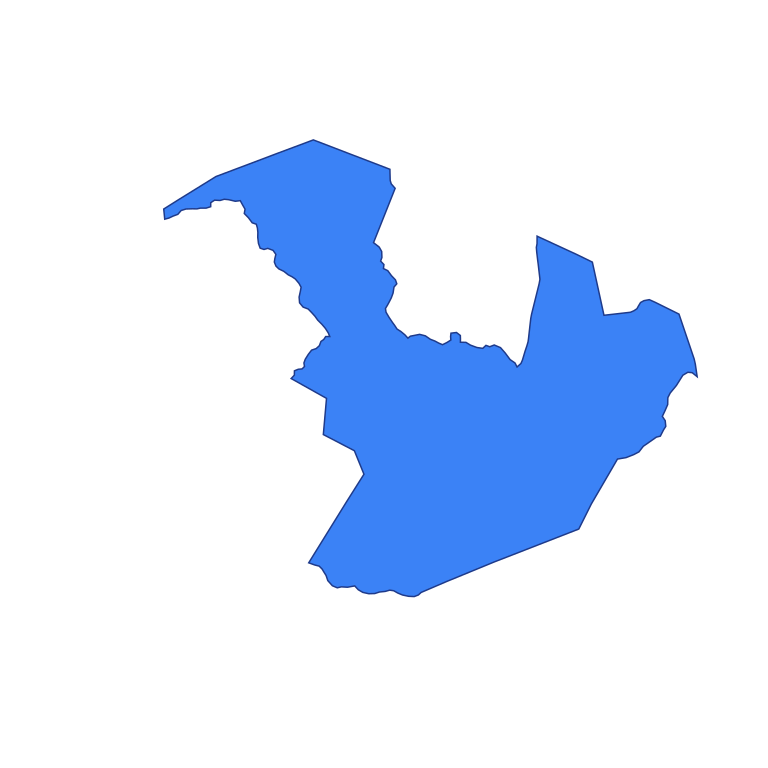 Pombal, Paraíba, Brazil (Equal Earth projection), rotated 117°
{"feature_id": "56859067B94358976501482", "entity_name": "Pombal", "entity_type": "district", "adm_level": 2, "iso_a3": "BRA", "parent_name": "Brazil", "parent_adm1": "Paraíba", "projection": "equal_earth", "projection_center": [-37.87, -6.816], "detail": "fine", "context": "isolated", "style": "filled", "palette": "blue", "viewbox_px": 768, "rotation_deg": 117, "n_neighbors": 0, "source": "geoboundaries", "source_scale": "gbopen_adm2", "svg_char_len": 2883}
<svg xmlns="http://www.w3.org/2000/svg" viewBox="0 0 768 768"><g transform="rotate(117 384 384)"><path d="M182.8,314.7L189.6,311.3L193.1,310.3L197.0,307.9L203.9,303.3L207.1,301.1L219.9,292.6L224.2,291.3L246.2,286.2L254.8,284.2L258.9,283.0L265.1,280.7L278.1,275.8L281.0,274.8L285.2,274.0L290.7,273.2L295.0,272.4L299.9,271.5L303.6,271.3L308.4,273.2L305.8,276.8L305.0,282.7L301.3,290.2L298.7,296.7L299.2,303.5L302.8,306.7L303.3,310.7L307.4,312.2L309.3,317.8L310.1,324.6L309.7,329.9L312.1,334.9L309.2,336.3L306.1,338.0L305.2,342.8L308.3,347.4L311.5,346.2L314.5,344.4L318.5,346.8L322.4,349.7L322.7,353.8L322.6,358.1L323.1,363.0L322.3,369.0L323.6,374.8L326.9,379.0L329.4,382.2L332.3,383.5L330.7,387.7L329.6,392.6L329.1,397.4L326.9,401.2L325.3,404.4L322.3,409.8L319.1,414.8L316.0,417.0L312.3,416.7L308.4,416.6L303.9,416.6L298.9,417.2L293.1,419.1L288.9,418.1L286.0,421.1L284.1,426.5L281.3,432.1L281.4,436.9L277.6,438.3L276.0,442.8L272.2,443.3L267.0,446.2L264.2,450.4L262.8,457.5L204.6,462.9L202.4,468.4L199.8,470.9L196.5,472.7L193.0,474.6L190.0,476.2L198.6,557.8L227.2,584.0L257.2,611.3L275.4,627.9L312.3,650.3L328.1,659.7L336.7,654.2L333.7,650.9L330.2,648.2L326.4,644.7L321.5,643.5L318.0,639.9L314.9,634.3L312.9,630.2L310.7,627.5L308.1,622.4L304.7,618.9L301.1,620.7L297.1,618.4L294.9,613.4L291.9,610.2L290.3,606.1L288.7,599.5L285.9,595.3L288.7,591.2L291.3,587.2L295.5,585.9L297.4,580.3L300.2,574.6L299.6,570.3L302.5,567.6L306.2,565.2L310.6,563.1L315.7,559.7L319.2,556.0L318.6,552.0L315.9,549.1L315.3,543.5L317.6,539.2L321.8,538.2L325.1,537.1L328.0,533.8L329.2,529.9L329.1,524.5L330.2,518.9L330.2,514.6L330.7,510.7L332.9,505.5L335.4,501.8L339.4,500.6L345.1,499.1L350.0,496.1L352.2,491.0L351.6,485.6L353.2,480.9L355.0,476.2L357.2,472.0L359.0,466.4L361.1,461.4L363.8,456.8L366.3,453.9L368.2,457.5L371.7,457.9L374.7,459.5L379.2,459.0L383.2,460.5L386.7,463.9L392.0,464.9L397.7,465.4L401.6,464.9L404.5,462.8L407.8,463.9L409.8,467.1L412.9,469.8L416.8,467.9L421.3,469.2L422.9,428.7L456.6,415.1L456.9,380.1L469.6,365.4L473.5,360.9L505.9,363.9L577.5,369.9L576.7,363.5L575.7,359.1L577.0,355.1L579.0,351.9L580.9,348.7L584.7,344.8L587.2,338.4L586.8,333.1L584.1,329.9L581.6,324.2L577.2,318.4L579.0,313.5L579.3,308.3L577.8,302.4L574.9,297.1L571.4,293.6L568.3,288.8L565.1,285.3L563.8,281.5L564.0,276.8L563.6,271.7L562.0,265.7L559.7,260.6L556.4,257.6L552.9,256.3L531.4,238.4L492.4,204.9L424.8,144.6L396.8,144.8L361.3,142.8L344.9,141.9L339.7,134.9L333.5,129.4L328.7,126.0L321.8,124.7L307.7,117.2L305.0,114.1L298.0,114.1L293.8,113.7L289.0,116.8L286.5,121.3L279.8,121.5L273.5,121.9L267.3,124.9L262.1,124.9L252.6,122.8L240.5,121.7L235.6,118.6L234.0,114.5L235.3,108.3L225.0,115.6L220.9,119.0L187.8,152.9L188.1,179.5L188.4,185.9L191.7,190.2L194.9,192.4L198.9,192.7L202.1,192.8L205.3,194.6L208.2,197.0L222.9,219.2L180.8,253.7L181.1,271.0L182.8,314.7Z" fill="#3b82f6" stroke="#1e3a8a" stroke-width="1.5"/></g></svg>